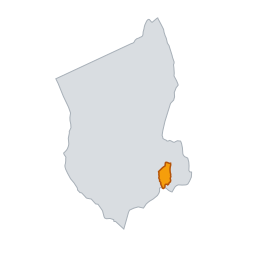 Uganda, with Adjumani highlighted, rotated 155°
{"feature_id": "UGA-3079", "entity_name": "Adjumani", "entity_type": "District", "adm_level": 1, "iso_a3": "UGA", "parent_name": "Uganda", "parent_adm1": "", "projection": "natural_earth1", "projection_center": [31.782, 3.228], "detail": "fine", "context": "in_parent", "style": "filled", "palette": "amber", "viewbox_px": 256, "rotation_deg": 155, "n_neighbors": 0, "source": "natural_earth", "source_scale": "10m", "svg_char_len": 3050}
<svg xmlns="http://www.w3.org/2000/svg" viewBox="0 0 256 256"><g transform="rotate(155 128 128)"><path d="M172.6,203.1L169.6,203.1L164.7,203.1L159.9,203.1L155.0,203.1L150.2,203.1L145.3,203.1L140.5,203.1L135.6,203.1L130.8,203.1L125.9,203.1L121.1,203.1L116.2,203.1L111.4,203.1L106.5,203.1L101.7,203.1L96.8,203.1L92.0,203.1L89.1,203.1L88.5,203.0L88.1,202.8L86.3,203.2L84.4,204.6L82.4,205.2L80.2,205.0L78.9,205.1L77.3,205.0L75.9,205.3L74.8,206.6L73.7,208.6L71.7,211.0L70.2,213.1L68.8,214.6L65.8,217.1L64.1,217.8L63.3,217.7L62.8,217.3L61.9,214.1L61.3,213.6L55.4,215.2L54.5,215.2L54.6,214.3L54.2,206.8L54.1,202.3L54.9,199.4L55.3,196.1L55.4,193.2L56.4,188.3L56.0,185.4L57.4,175.0L57.8,173.3L58.3,168.3L59.2,166.8L60.0,166.2L61.0,163.1L62.9,158.2L64.3,155.7L64.0,150.1L64.2,146.4L64.5,145.6L67.3,144.2L71.0,140.7L72.6,136.6L74.8,134.0L79.1,132.3L91.8,118.3L97.7,110.7L100.2,106.9L100.3,105.5L100.8,103.7L99.8,102.2L98.6,100.9L98.2,99.8L97.1,99.2L95.6,99.2L94.6,98.3L93.4,96.6L92.3,95.5L88.7,95.6L85.9,93.9L86.0,91.5L87.1,86.9L89.2,81.5L89.3,80.1L89.0,78.8L88.5,77.7L87.5,76.7L86.6,75.4L87.3,71.5L88.7,67.8L89.7,65.9L90.8,63.8L90.5,62.1L89.0,61.2L89.8,59.5L91.4,56.7L94.7,53.8L97.5,51.9L99.4,51.9L103.1,53.4L106.4,55.2L108.3,55.3L110.5,54.6L115.1,51.4L116.2,52.4L117.6,54.3L119.0,57.5L121.9,59.0L123.3,60.0L124.3,60.3L124.9,60.0L126.0,57.5L127.3,56.1L129.8,54.4L135.2,53.0L139.1,52.6L140.7,52.3L143.5,51.5L147.8,48.9L152.1,52.2L156.7,52.9L161.2,52.9L162.6,51.9L163.4,51.1L168.1,45.6L174.5,38.2L178.8,48.6L180.2,49.2L180.0,50.2L179.7,51.0L182.5,53.6L185.9,54.9L187.1,56.2L187.2,57.6L186.1,63.7L186.3,65.4L187.4,71.5L189.4,72.9L191.3,79.1L194.9,81.7L195.4,82.4L196.3,85.4L197.4,88.7L198.3,89.5L198.8,89.7L199.9,93.1L199.3,95.1L200.1,101.0L201.5,106.3L201.9,112.6L201.9,115.4L201.9,117.1L201.5,119.5L200.9,120.9L199.7,122.3L198.4,124.4L197.3,126.7L196.6,127.8L197.1,131.2L197.0,132.1L196.7,132.6L195.0,133.1L192.9,134.0L191.6,134.9L189.8,136.6L188.4,138.5L186.4,144.0L183.2,148.3L182.7,149.7L179.6,152.3L178.3,155.5L177.4,159.3L176.2,162.1L173.7,165.9L173.1,172.0L173.2,184.0L172.5,197.7L172.6,203.1Z" fill="#d9dde1" stroke="#a8b0b8" stroke-width="1"/><path d="M121.2,58.2L121.5,58.2L121.8,58.4L122.1,59.0L122.0,63.6L121.8,64.0L121.5,64.2L121.4,64.8L121.5,65.5L121.7,66.0L121.8,66.6L121.2,67.7L121.2,68.4L121.3,69.0L121.1,69.6L120.9,70.2L120.5,70.7L120.1,71.1L120.0,71.7L119.9,72.4L118.9,74.3L118.9,74.9L118.7,75.6L113.3,77.5L110.4,78.0L109.6,79.4L108.9,80.6L108.5,80.8L108.0,80.9L107.6,80.6L107.4,80.2L106.7,80.0L106.1,79.1L105.5,78.5L104.3,78.1L104.7,76.9L105.1,76.2L106.3,74.7L107.3,73.0L107.7,72.1L108.4,70.3L108.7,69.0L108.8,68.1L108.9,67.9L109.1,67.7L109.4,67.2L109.6,66.1L110.0,65.6L111.0,64.5L111.2,63.9L111.3,63.1L111.5,62.4L111.9,61.9L112.1,61.6L112.3,61.3L112.6,61.2L113.2,61.2L113.8,61.0L114.0,60.8L114.7,60.1L115.3,59.9L115.6,59.8L115.5,60.2L115.8,60.3L116.3,60.2L116.5,60.5L116.9,60.7L117.2,60.9L117.5,61.0L118.1,60.9L118.7,60.6L119.0,60.0L119.2,59.4L119.5,58.9L120.9,58.4L121.2,58.2Z" fill="#f59e0b" stroke="#b45309" stroke-width="1.5"/></g></svg>